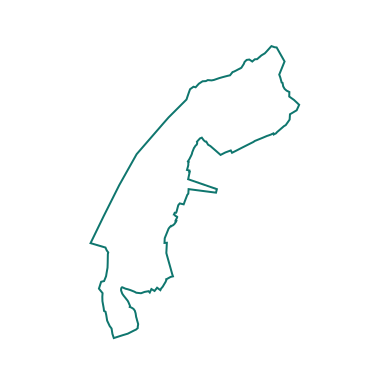 outline of Baile Tusnad, Harghita, Romania, rotated 9°
{"feature_id": "2599482B24277216401355", "entity_name": "Baile Tusnad", "entity_type": "district", "adm_level": 2, "iso_a3": "ROU", "parent_name": "Romania", "parent_adm1": "Harghita", "projection": "albers", "projection_center": [25.861, 46.146], "detail": "fine", "context": "isolated", "style": "outline", "palette": "teal", "viewbox_px": 384, "rotation_deg": 9, "n_neighbors": 0, "source": "geoboundaries", "source_scale": "gbopen_adm2", "svg_char_len": 3060}
<svg xmlns="http://www.w3.org/2000/svg" viewBox="0 0 384 384"><g transform="rotate(9 192 192)"><path d="M247.6,35.5L245.4,38.9L243.5,41.8L242.2,43.7L239.2,46.2L235.5,50.6L233.3,51.1L231.1,53.7L227.9,52.2L225.3,53.0L223.6,55.3L223.1,57.5L221.3,61.6L214.8,66.4L213.3,67.2L211.3,70.8L209.0,71.7L206.7,72.7L204.0,73.9L201.0,75.3L196.1,77.9L193.9,78.7L190.1,79.0L188.3,80.3L185.1,81.0L181.8,84.0L179.2,88.0L177.0,87.8L174.0,90.8L173.3,94.5L172.7,97.9L172.1,101.5L157.2,122.0L152.9,128.8L131.4,163.3L119.1,196.5L108.5,229.8L99.8,258.4L115.2,260.4L116.9,263.0L118.7,264.8L118.6,266.5L119.8,275.0L120.4,279.9L120.3,286.7L120.3,288.6L119.1,293.7L116.3,294.9L115.2,302.0L119.5,305.9L119.8,309.4L120.6,313.8L123.0,320.7L123.7,323.2L125.3,323.8L126.5,326.8L128.3,332.3L131.7,337.3L133.9,339.4L135.6,344.6L137.6,348.5L146.3,344.1L150.7,342.0L156.1,338.1L158.3,336.6L159.7,334.9L159.5,333.7L159.5,330.9L158.1,327.9L157.7,327.1L157.4,326.3L157.0,325.4L156.4,324.2L155.3,320.7L154.1,318.2L152.5,316.6L150.2,315.6L148.5,315.3L148.6,314.5L148.5,314.0L148.1,313.4L146.4,310.7L145.5,309.5L140.6,305.0L139.0,303.3L137.6,300.8L137.3,300.1L137.2,299.2L137.2,298.1L137.4,297.6L137.6,297.2L138.1,297.0L141.4,297.9L143.7,298.1L146.4,298.5L150.8,299.5L152.7,300.2L156.9,300.0L157.6,299.9L159.2,299.0L160.8,298.1L164.5,296.8L166.0,297.9L167.1,294.2L170.5,295.6L172.5,292.0L176.1,293.9L176.5,292.5L176.6,292.2L177.9,290.1L178.8,287.8L180.0,284.8L180.5,282.6L180.2,282.2L181.1,281.6L184.2,279.2L186.4,278.3L185.2,276.0L182.6,270.3L180.9,266.6L177.0,258.1L176.2,256.3L175.1,246.1L172.8,246.6L172.3,241.9L174.6,231.9L174.9,231.3L175.6,230.1L176.4,229.0L176.6,229.1L176.7,228.9L176.9,229.0L177.6,228.4L178.1,228.0L178.5,227.8L178.8,227.4L179.4,226.7L179.4,226.8L180.4,224.8L180.3,223.8L180.5,223.5L180.9,223.6L181.1,222.8L180.3,222.5L181.1,220.1L181.3,219.1L181.3,218.9L181.0,218.7L179.2,218.1L178.1,217.0L177.7,217.0L178.2,215.2L179.5,215.0L179.8,214.0L180.5,207.2L181.7,205.2L185.7,205.5L186.0,204.2L186.2,202.9L187.8,195.5L188.6,194.2L188.2,189.7L215.8,188.9L216.1,185.3L186.2,180.0L186.5,174.0L186.6,172.4L186.0,172.4L186.1,171.6L186.1,171.2L183.6,171.0L184.0,167.8L184.1,166.4L184.1,165.7L184.0,165.0L183.9,164.4L183.7,163.7L184.1,162.9L183.2,162.4L184.2,160.1L185.5,156.1L186.0,154.0L186.0,152.9L187.1,148.1L187.4,147.7L187.6,147.2L187.8,146.6L188.4,145.5L189.3,144.4L189.5,142.7L189.0,141.6L191.5,137.8L193.2,136.8L195.5,139.1L197.4,140.2L198.2,140.0L200.5,142.8L202.9,143.7L208.7,147.3L214.4,150.9L218.8,147.7L223.8,144.9L225.4,147.0L229.7,143.9L234.6,140.3L244.9,132.9L246.0,131.8L253.3,127.4L257.3,124.9L258.7,124.2L261.0,122.9L261.8,122.3L263.2,121.4L263.7,122.4L265.8,120.9L266.3,120.1L266.5,119.7L268.7,117.1L272.5,112.6L274.1,111.3L275.6,108.3L277.1,105.2L276.6,99.9L282.6,94.9L284.2,89.1L278.3,85.1L273.1,82.5L272.5,78.0L269.6,77.1L267.4,75.7L267.0,75.3L266.4,74.4L265.9,73.9L265.5,73.3L265.2,72.4L265.1,72.1L264.9,71.5L264.3,70.0L263.4,69.8L261.3,65.1L259.8,62.4L261.4,55.5L263.0,48.6L253.0,36.0L251.0,36.1L247.6,35.5Z" fill="none" stroke="#0f766e" stroke-width="2"/></g></svg>